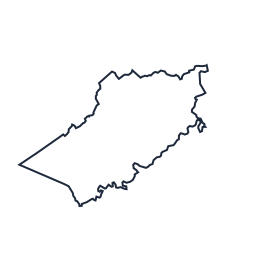 outline of Las Marías, Puerto Rico, rotated 131°
{"feature_id": "32010507B72195961791628", "entity_name": "Las Marías", "entity_type": "district", "adm_level": 2, "iso_a3": "PRI", "parent_name": "Puerto Rico", "parent_adm1": "", "projection": "mercator", "projection_center": [-66.994, 18.239], "detail": "fine", "context": "isolated", "style": "outline", "palette": "slate", "viewbox_px": 256, "rotation_deg": 131, "n_neighbors": 0, "source": "geoboundaries", "source_scale": "gbopen_adm2", "svg_char_len": 2320}
<svg xmlns="http://www.w3.org/2000/svg" viewBox="0 0 256 256"><g transform="rotate(131 128 128)"><path d="M76.4,70.4L76.0,72.2L74.9,72.8L75.1,75.1L73.3,79.3L74.7,81.6L74.5,83.7L73.4,85.1L73.9,90.4L72.0,91.8L68.3,91.8L64.5,94.0L61.5,94.6L61.8,96.4L61.2,97.2L59.5,97.0L54.1,93.8L50.7,92.6L47.5,102.3L47.1,102.8L44.7,105.1L39.5,110.2L37.3,110.2L35.3,106.6L32.4,105.3L29.0,109.8L29.5,109.9L32.4,112.3L36.1,117.0L37.5,117.8L40.7,116.6L44.7,119.5L45.8,118.3L50.8,121.2L53.7,120.9L55.5,119.7L57.1,120.6L56.0,123.6L56.4,126.7L58.2,127.1L60.4,130.0L62.0,134.1L61.2,137.3L63.1,140.9L66.8,141.8L67.8,144.2L69.9,145.0L73.4,145.2L74.1,146.6L76.3,147.5L77.4,149.5L78.6,150.0L80.2,151.1L81.8,151.5L81.6,162.6L83.9,161.7L87.4,162.4L90.2,165.7L96.9,167.1L96.2,171.2L95.0,173.9L95.9,177.1L113.1,179.3L114.4,176.6L116.5,174.7L119.0,175.1L121.8,174.8L123.5,173.3L125.0,173.2L127.0,171.5L129.1,165.8L131.6,166.4L139.1,164.2L139.7,163.3L141.5,163.2L144.3,165.4L144.9,165.0L145.7,166.2L149.3,166.6L150.4,164.5L152.7,164.4L153.8,165.1L158.3,165.5L162.3,167.2L161.3,169.8L162.0,172.4L163.5,171.6L167.7,171.9L170.1,170.2L172.6,170.1L175.4,170.4L175.4,172.7L179.4,173.6L208.7,180.9L208.9,181.0L227.0,185.9L219.6,162.7L212.3,139.9L210.9,134.6L212.3,130.2L213.2,127.2L215.1,124.7L215.8,121.8L217.2,120.0L216.6,118.2L217.5,114.8L218.7,113.4L217.0,111.9L215.6,113.0L211.1,110.5L205.3,108.7L204.4,108.1L204.6,106.6L204.0,105.0L200.5,106.8L199.2,103.8L198.2,103.6L195.3,104.8L192.2,105.7L192.8,107.5L194.7,107.5L195.0,109.2L193.8,110.5L191.8,111.1L189.8,111.1L188.8,105.6L188.0,105.1L183.5,105.4L183.2,101.9L182.0,101.2L179.6,103.7L178.3,103.1L178.9,100.3L180.7,98.0L179.9,96.5L177.4,94.7L176.3,90.9L175.1,89.0L173.2,91.0L174.9,94.1L172.9,96.4L171.3,96.4L170.2,93.1L167.0,91.0L163.8,90.3L159.6,91.4L158.7,92.5L154.8,91.3L154.3,94.4L154.6,97.3L152.4,99.9L150.2,99.9L149.0,96.8L149.0,94.3L146.3,88.3L144.0,87.4L141.7,87.3L139.1,85.9L135.5,87.6L131.4,87.1L128.6,85.0L127.0,85.0L125.0,86.4L123.4,86.3L119.1,84.2L115.3,85.7L111.1,82.4L109.8,82.4L104.8,82.9L103.2,82.2L100.3,84.6L97.4,84.8L96.1,82.3L95.7,80.9L93.3,79.5L91.6,79.7L89.3,82.8L87.7,83.1L85.9,82.6L84.7,80.3L82.0,79.1L80.6,79.3L77.4,80.9L76.2,80.9L75.0,78.4L75.7,77.6L76.2,76.7L80.4,76.1L81.9,75.0L83.7,71.0L81.9,70.1L78.3,72.4L76.4,70.4Z" fill="none" stroke="#1e293b" stroke-width="2"/></g></svg>